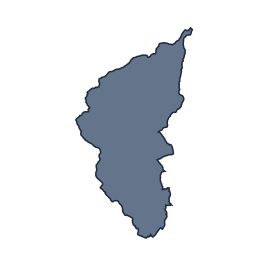 the district of Nereju, Vrancea, Romania, rotated 97°
{"feature_id": "2599482B74656559226175", "entity_name": "Nereju", "entity_type": "district", "adm_level": 2, "iso_a3": "ROU", "parent_name": "Romania", "parent_adm1": "Vrancea", "projection": "equal_earth", "projection_center": [26.622, 45.68], "detail": "fine", "context": "isolated", "style": "filled", "palette": "slate", "viewbox_px": 256, "rotation_deg": 97, "n_neighbors": 0, "source": "geoboundaries", "source_scale": "gbopen_adm2", "svg_char_len": 5715}
<svg xmlns="http://www.w3.org/2000/svg" viewBox="0 0 256 256"><g transform="rotate(97 128 128)"><path d="M140.5,173.9L142.6,171.6L143.4,171.0L143.4,170.7L144.0,170.2L144.3,169.6L144.9,169.1L145.4,169.0L145.9,167.0L147.0,165.7L147.5,163.7L148.2,161.8L149.9,159.8L150.4,159.1L150.4,158.1L151.0,157.7L151.3,155.3L151.7,154.0L153.1,152.9L155.5,152.2L156.3,152.2L158.4,153.5L159.1,153.2L160.5,153.1L162.3,151.8L164.3,152.5L165.1,153.3L167.2,154.0L168.7,155.1L171.4,154.5L173.1,153.8L176.0,154.4L177.0,154.4L179.5,154.0L180.9,152.9L181.8,152.0L185.2,147.0L185.5,146.8L186.6,146.4L187.4,146.4L189.2,147.6L190.8,148.2L192.8,145.0L193.7,144.3L194.2,143.4L194.4,142.7L194.8,142.8L194.7,142.4L195.7,142.5L196.8,141.7L198.0,140.0L198.7,139.2L198.9,138.8L199.6,138.2L199.7,137.5L201.7,136.3L202.7,135.3L203.1,134.2L201.9,132.7L201.5,130.8L201.6,129.5L202.0,128.5L202.5,128.5L204.2,127.1L205.5,125.2L206.3,124.9L206.8,124.3L209.1,123.5L211.2,123.2L213.1,122.0L213.5,121.5L214.8,120.6L214.9,119.8L214.4,118.9L214.8,118.6L214.8,117.9L215.1,117.4L215.2,116.8L215.5,116.2L215.5,115.6L216.2,114.4L216.7,113.0L217.4,112.2L218.1,112.1L219.3,112.5L220.3,112.0L221.1,112.0L223.1,111.0L223.9,110.3L224.1,109.2L224.5,109.2L224.7,108.8L225.3,108.7L225.7,108.4L225.7,108.1L226.7,107.6L226.9,107.3L226.6,106.6L226.5,106.0L227.1,105.8L227.4,105.4L229.7,105.2L231.7,105.6L232.7,105.1L232.8,104.4L233.5,102.8L233.4,102.3L233.6,101.6L233.6,101.0L234.1,100.6L234.3,99.0L234.8,98.1L234.7,97.0L235.0,96.6L234.4,96.2L234.3,95.8L233.7,95.2L233.4,93.8L233.3,93.7L233.0,94.3L232.9,94.0L232.4,93.7L232.4,92.7L231.1,92.5L232.6,91.2L233.2,90.1L232.5,89.8L231.6,88.5L230.7,87.9L227.9,86.5L227.4,86.4L227.5,86.2L224.1,84.4L223.1,83.5L223.5,83.1L223.6,82.6L224.3,81.7L223.6,81.1L222.2,80.7L221.7,80.3L220.9,80.0L219.5,79.7L218.4,79.9L217.5,80.3L214.7,80.2L213.9,79.7L213.4,79.6L212.5,78.9L211.1,78.6L208.9,79.1L208.8,79.3L209.3,79.5L209.2,79.9L208.1,79.5L208.1,79.2L206.8,79.4L205.4,80.5L205.0,81.1L204.4,81.4L203.3,80.9L202.1,80.7L200.1,81.0L200.4,80.4L199.9,79.4L199.7,77.5L199.2,76.1L199.2,75.4L198.6,76.1L198.3,76.2L198.2,76.6L197.9,76.5L197.5,77.5L197.2,77.8L196.7,77.7L196.1,78.3L194.9,78.3L193.7,78.7L193.1,78.4L191.8,78.7L191.2,78.5L190.5,77.9L188.0,77.9L186.0,78.9L185.7,79.5L185.3,79.1L184.5,79.6L182.4,79.9L182.6,81.6L183.1,81.6L184.0,82.1L183.8,84.0L184.4,84.7L184.2,84.9L184.2,85.3L184.6,85.2L185.0,86.3L183.0,86.3L182.2,86.7L181.9,86.5L180.8,87.6L179.5,87.7L178.6,88.5L177.6,88.8L177.1,89.3L176.5,89.3L174.7,89.9L173.2,89.6L171.8,90.2L170.9,90.1L170.0,89.7L167.4,89.3L167.2,88.0L166.9,87.6L166.5,86.1L165.5,87.8L163.8,88.5L163.2,88.5L162.8,89.0L161.8,89.3L161.3,89.7L159.7,91.7L159.1,92.0L158.4,93.2L157.3,93.8L156.0,95.3L155.0,93.8L155.0,92.9L154.6,92.5L154.4,91.9L152.3,89.8L152.2,89.3L152.0,89.1L151.9,88.7L151.3,88.0L151.1,87.0L149.5,84.1L149.3,81.8L148.7,80.5L147.9,79.7L146.7,80.2L145.2,80.4L141.3,81.9L139.6,83.1L139.3,83.5L139.4,83.8L139.2,84.3L139.5,85.4L138.5,86.5L138.2,87.6L136.6,88.6L135.6,89.7L133.9,90.4L133.6,91.2L132.5,91.8L132.1,92.4L129.1,95.1L128.7,95.8L128.5,97.4L127.9,97.2L127.0,96.0L126.5,95.6L126.1,94.4L125.0,93.7L123.8,93.2L123.1,91.9L122.3,89.4L121.1,89.2L120.4,89.3L120.1,89.0L119.5,89.4L118.3,89.7L115.5,89.7L112.6,88.7L111.0,87.5L109.6,87.2L108.1,86.0L107.3,85.6L107.1,85.4L106.7,84.2L106.8,83.3L106.5,82.4L103.3,81.2L103.0,80.6L103.0,80.1L102.6,79.6L100.1,77.9L98.7,77.9L98.1,77.6L96.9,77.5L93.2,76.1L91.6,76.3L90.3,77.0L89.2,78.2L88.6,80.3L88.3,80.8L87.5,81.4L86.3,81.9L85.3,82.0L84.3,81.5L83.3,81.4L81.9,82.1L78.2,82.5L76.9,82.9L76.3,82.9L75.4,82.2L74.1,82.7L72.4,82.4L71.4,82.7L70.8,82.2L68.4,82.1L65.7,81.8L65.1,81.9L64.3,82.5L63.8,82.0L63.2,82.2L62.1,81.5L61.6,81.7L59.9,81.8L58.7,82.3L58.2,82.1L57.6,82.3L55.9,82.2L54.8,81.4L52.7,81.8L51.8,81.2L49.8,80.9L48.9,80.9L48.4,80.7L47.8,80.9L47.3,80.5L45.6,80.4L44.8,80.8L44.1,80.7L43.2,81.0L42.0,82.1L40.9,82.6L40.1,82.7L38.7,83.4L32.4,83.6L31.2,83.0L30.6,82.1L29.9,81.8L28.7,80.6L28.1,78.8L28.1,78.0L27.8,77.3L25.4,76.8L24.3,76.8L23.1,76.2L22.8,76.2L22.3,76.3L21.7,77.3L21.0,78.0L21.9,78.8L22.8,79.2L23.9,79.9L24.1,80.6L24.0,81.4L23.6,82.8L24.0,83.6L28.0,85.9L29.7,86.2L31.1,86.9L31.9,86.9L33.4,87.9L34.8,88.4L35.3,89.5L36.4,90.8L38.4,91.9L38.7,92.3L39.0,93.2L40.1,94.0L39.7,95.2L39.8,97.1L39.2,99.2L39.0,102.8L40.3,106.9L41.2,107.4L43.0,107.6L44.3,108.5L45.0,108.7L45.4,109.3L45.9,109.6L46.8,109.5L47.6,109.8L49.0,109.4L51.0,109.9L51.2,110.8L51.0,111.6L51.4,112.1L51.6,112.7L53.2,114.4L54.6,114.8L54.9,115.7L55.4,116.4L55.3,116.8L55.1,117.2L53.7,117.9L53.6,119.6L53.8,121.8L54.3,123.5L55.3,125.5L55.7,127.2L57.0,129.3L57.6,131.1L58.0,131.6L58.9,132.1L59.7,133.1L60.4,133.3L61.4,133.9L62.0,134.0L63.0,134.5L63.7,135.3L64.4,135.7L64.7,136.4L65.9,137.4L66.7,138.5L68.0,139.7L69.9,142.9L70.4,144.1L70.9,144.8L71.0,145.3L71.0,146.4L71.5,147.4L72.5,148.6L73.8,150.5L74.6,153.6L77.8,155.6L79.6,157.1L80.3,158.3L80.8,160.0L81.5,160.8L82.0,161.0L82.7,162.6L85.5,162.6L86.5,162.0L88.1,161.5L89.4,161.9L90.6,161.9L91.3,163.8L91.7,164.2L91.4,164.9L92.9,166.6L92.9,167.4L92.7,167.8L92.8,168.2L94.8,170.4L96.4,171.6L96.9,172.5L97.5,172.8L98.0,172.8L98.8,172.0L100.0,172.7L101.6,172.8L103.8,174.1L105.0,173.2L105.8,172.9L107.7,172.9L108.4,171.9L110.1,171.2L110.6,170.4L111.9,169.4L112.1,168.6L112.4,168.4L113.0,168.6L113.9,169.6L114.2,169.8L115.1,169.7L115.9,169.2L116.4,169.3L116.7,169.5L117.1,171.2L117.0,172.1L117.3,172.6L117.4,173.5L118.0,173.8L118.2,174.3L118.7,174.7L121.1,175.8L121.4,176.2L121.4,177.3L122.6,177.7L123.0,178.3L123.9,178.9L124.7,179.9L125.8,180.7L126.7,180.6L127.3,180.0L130.9,178.6L131.1,178.1L132.2,177.1L134.2,176.3L135.8,175.1L135.9,174.8L136.2,174.4L138.3,174.0L139.1,174.2L140.5,173.9Z" fill="#64748b" stroke="#1e293b" stroke-width="1.5"/></g></svg>